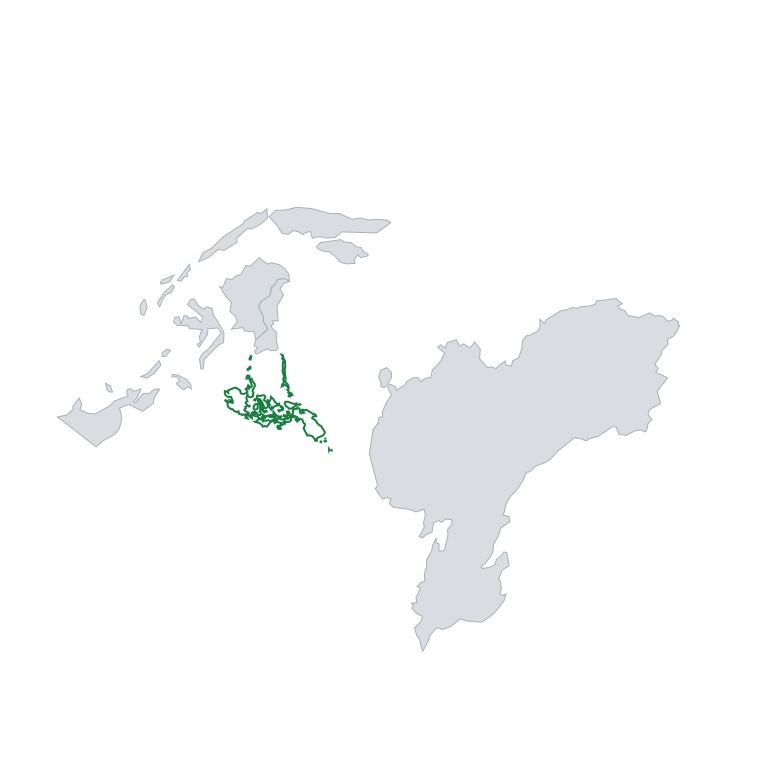 Philippines shown with its bordering countries, rotated 132°
{"feature_id": "PHL", "entity_name": "Philippines", "entity_type": "country or territory", "adm_level": 0, "iso_a3": "PHL", "parent_name": "Asia", "parent_adm1": "", "projection": "albers", "projection_center": [122.681, 12.951], "detail": "fine", "context": "with_neighbors", "style": "outline", "palette": "green", "viewbox_px": 768, "rotation_deg": 132, "n_neighbors": 3, "source": "natural_earth", "source_scale": "50m", "svg_char_len": 12305}
<svg xmlns="http://www.w3.org/2000/svg" viewBox="0 0 768 768"><g transform="rotate(132 384 384)"><path d="M623.3,555.8L627.0,604.6L619.2,599.0L610.8,598.1L608.9,600.3L598.4,601.2L601.5,595.0L606.6,592.6L604.0,584.6L599.6,578.6L583.5,573.1L576.7,572.8L564.2,566.3L561.9,570.1L558.8,570.9L556.8,568.2L556.7,564.9L550.3,561.4L559.0,558.3L564.8,558.2L564.0,556.2L552.1,556.7L548.8,552.3L541.5,551.1L538.0,547.4L548.8,545.2L552.8,542.5L565.8,545.1L570.1,560.2L578.7,564.4L585.0,555.9L594.1,550.8L601.2,550.4L614.5,554.9L623.3,555.8ZM493.8,608.3L494.8,611.9L489.4,617.5L482.3,619.1L481.3,618.2L485.6,611.2L493.8,608.3ZM569.7,591.4L568.7,585.8L571.6,580.4L573.6,582.5L573.7,586.1L569.7,591.4ZM436.9,508.7L432.2,515.6L437.9,523.1L436.5,526.6L445.3,534.0L435.8,534.7L433.0,539.9L433.2,546.9L425.4,552.0L425.0,559.6L421.5,571.2L420.4,568.4L411.1,571.6L408.0,566.8L402.2,566.2L398.2,563.6L388.5,566.0L385.7,562.2L373.7,561.2L372.9,550.9L369.0,548.6L365.5,541.8L364.7,535.0L366.1,527.9L371.1,523.0L372.1,528.2L377.4,532.9L382.6,531.5L387.7,532.3L392.5,528.6L396.4,528.1L403.8,530.5L410.4,529.1L414.8,518.4L418.0,515.8L420.9,507.0L436.9,508.7ZM529.1,561.9L538.1,563.9L541.2,569.6L534.3,566.7L517.2,566.7L519.1,562.5L529.1,561.9ZM509.0,569.9L503.3,568.6L501.7,565.3L509.9,564.8L512.0,567.3L509.0,569.9ZM516.6,523.9L517.3,528.1L522.0,528.7L522.8,531.8L522.6,538.6L518.4,537.9L517.3,542.7L520.7,546.6L518.5,547.6L515.1,542.8L512.6,533.0L514.0,526.8L516.6,523.9ZM466.7,533.3L486.0,534.0L493.8,528.4L495.3,530.1L488.9,537.8L482.9,539.3L475.1,537.8L454.8,539.2L453.6,545.0L460.7,551.9L465.1,548.5L480.1,545.9L479.5,549.4L475.9,548.3L472.4,552.8L465.3,555.8L473.0,565.6L471.5,568.2L478.8,576.9L478.7,581.9L474.4,584.1L471.2,581.4L475.1,575.3L467.1,578.2L465.1,576.1L466.1,573.1L460.3,568.7L460.9,561.3L455.5,563.5L456.4,583.2L451.1,584.2L447.7,582.0L450.1,575.1L448.9,567.7L445.5,567.6L443.0,562.4L446.5,557.4L451.9,539.8L453.6,536.7L460.5,531.0L466.7,533.3ZM454.9,618.3L443.9,613.0L451.7,611.7L458.9,616.2L458.4,618.2L454.9,618.3ZM463.7,605.7L469.2,605.1L476.6,602.4L475.4,606.6L463.0,608.6L451.9,607.6L451.9,604.9L458.5,603.4L463.7,605.7ZM438.2,604.1L443.3,603.6L445.3,606.8L425.5,608.8L428.4,604.6L433.0,604.7L435.3,602.1L438.2,604.1ZM358.1,586.8L359.1,589.5L374.8,591.0L376.8,588.0L391.9,592.3L394.7,597.2L407.0,599.0L417.1,603.7L407.5,606.2L398.5,603.0L382.5,602.0L359.3,595.9L355.9,596.7L341.0,592.7L339.8,589.4L332.3,588.4L338.4,581.6L348.3,582.7L358.1,586.8ZM327.2,544.2L328.2,549.7L330.7,554.1L336.6,555.2L340.3,560.3L337.6,569.6L336.5,581.2L327.4,580.7L321.0,573.9L311.0,567.0L302.3,555.5L293.5,538.2L287.1,531.2L283.0,518.0L276.3,512.5L272.8,505.4L267.3,500.5L260.0,491.1L259.7,487.0L276.7,490.6L299.4,517.4L307.4,518.2L313.7,524.0L317.8,530.8L323.6,534.8L320.0,540.8L324.4,543.8L327.2,544.2Z" fill="#d9dde1" stroke="#a8b0b8" stroke-width="1"/><path d="M376.1,395.7L370.1,392.9L370.3,386.2L374.1,382.8L382.3,381.0L386.6,381.4L388.1,384.5L384.7,387.8L382.7,392.2L376.1,395.7ZM188.7,194.6L188.8,190.7L193.6,189.7L189.6,177.4L206.7,176.1L213.2,165.5L226.0,169.6L230.0,167.3L231.2,161.1L236.8,161.3L242.3,157.9L244.9,157.8L246.1,162.3L251.2,166.3L260.2,169.8L264.2,175.5L260.7,182.6L262.7,185.7L279.4,189.7L287.0,194.6L291.0,195.8L293.4,202.2L297.0,206.6L318.2,210.0L327.2,209.9L333.8,211.4L343.5,216.3L351.7,216.9L354.5,219.2L362.6,216.1L373.7,214.4L383.9,214.7L391.9,212.8L401.7,207.4L398.7,202.5L402.4,198.5L413.0,200.8L419.7,197.6L430.0,195.3L435.0,191.2L439.8,189.5L449.4,188.8L454.7,189.6L455.4,187.4L449.5,182.9L444.2,180.8L439.0,183.0L432.5,181.9L428.7,182.6L427.1,180.0L435.3,169.4L443.1,171.8L452.5,168.2L452.5,165.5L458.4,159.3L462.1,157.5L462.0,154.2L458.5,152.8L463.9,150.0L472.0,149.1L480.6,148.9L490.3,150.5L496.1,152.6L505.1,164.5L507.6,170.3L519.1,172.0L527.1,176.1L529.9,181.9L540.0,181.5L545.6,178.9L556.5,176.5L553.3,182.3L550.8,184.7L548.8,191.8L544.6,198.3L536.4,197.5L530.8,199.9L532.7,205.5L532.0,213.4L528.6,213.7L528.7,217.1L524.2,213.3L521.6,217.1L511.2,220.3L512.4,223.9L506.5,223.7L503.2,221.6L498.6,226.6L491.2,230.3L485.6,234.8L476.1,236.9L471.0,240.1L463.6,242.0L467.3,238.8L465.9,236.1L471.3,231.4L467.7,227.8L454.0,234.9L449.7,239.4L443.0,239.6L439.4,242.8L443.0,247.7L448.6,248.9L448.8,252.1L454.2,254.3L462.0,249.2L468.1,252.0L472.6,252.2L473.7,256.0L463.9,258.0L460.6,261.8L453.8,265.4L450.2,270.4L457.6,274.5L460.3,281.7L469.3,294.3L469.2,299.8L464.7,301.8L466.4,305.9L470.6,308.2L467.7,320.4L463.6,321.0L445.5,348.4L425.0,361.7L416.7,362.3L412.1,365.6L409.6,363.0L405.4,366.7L394.9,370.2L387.1,371.1L384.1,379.2L380.0,379.5L378.4,373.7L380.3,370.8L370.5,367.8L367.0,368.8L359.7,366.4L356.4,363.0L357.8,358.6L351.2,356.7L347.9,353.6L341.4,357.3L328.4,357.2L320.4,359.6L320.8,368.6L316.9,368.1L316.4,362.9L310.8,364.7L302.6,359.6L305.3,353.4L300.8,351.5L299.8,344.2L292.0,344.7L293.7,335.7L301.2,329.9L302.4,317.8L299.4,315.7L297.5,311.0L293.3,311.1L285.7,309.2L288.4,306.3L285.6,301.3L280.2,303.9L274.4,301.4L265.7,305.3L258.5,310.2L252.7,310.4L249.8,308.0L241.2,305.0L237.1,306.4L231.6,311.4L231.8,305.4L227.3,306.4L211.3,301.6L206.0,297.5L200.7,295.2L198.9,291.2L195.1,289.5L188.8,283.6L183.5,280.4L180.3,281.7L165.4,269.0L164.8,260.6L169.6,262.5L170.5,258.8L168.4,254.6L170.1,248.8L164.2,239.1L153.4,234.2L152.4,228.4L148.0,224.2L147.1,222.0L147.6,215.1L143.8,212.8L141.5,213.1L141.0,206.4L143.2,205.2L142.6,203.4L149.6,201.4L154.5,200.9L161.4,203.1L164.7,199.3L173.5,200.0L176.3,197.8L187.5,195.9L188.7,194.6Z" fill="#d9dde1" stroke="#a8b0b8" stroke-width="1"/><path d="M298.0,483.0L299.4,481.7L305.5,485.7L305.8,489.8L311.0,489.3L313.9,486.3L319.8,492.2L322.7,497.7L321.7,506.5L322.5,513.8L325.1,516.2L327.8,523.3L327.4,525.9L321.7,526.0L305.7,512.7L305.1,508.7L301.0,503.1L300.5,496.6L298.0,492.1L299.4,486.5L298.0,483.0ZM436.9,508.7L420.9,507.0L418.0,515.8L414.8,518.4L410.4,529.1L403.8,530.5L396.4,528.1L392.5,528.6L387.7,532.3L382.6,531.5L377.4,532.9L372.1,528.2L371.1,523.0L376.8,525.9L383.0,524.8L384.9,518.3L397.9,515.6L407.9,504.9L411.3,509.0L413.1,506.4L416.9,506.8L417.9,498.0L424.1,492.7L428.2,486.6L431.4,486.7L435.3,490.7L435.6,494.2L447.3,498.9L446.7,502.0L441.4,502.3L442.7,506.1L436.9,508.7Z" fill="#d9dde1" stroke="#a8b0b8" stroke-width="1"/><path d="M463.0,394.9L468.6,397.4L470.0,397.2L470.8,395.9L471.7,396.2L472.1,397.3L471.1,399.3L470.8,402.4L471.5,404.2L472.6,405.2L472.7,406.3L473.6,406.7L470.7,414.1L468.1,414.9L466.6,416.1L466.7,418.1L465.1,420.9L467.3,425.5L466.8,425.9L466.8,426.7L467.9,430.0L469.0,431.2L471.2,431.9L471.8,431.4L471.1,430.2L473.4,428.8L474.4,428.8L476.7,429.9L477.8,431.7L478.0,433.3L479.0,433.3L479.5,432.6L479.2,431.5L479.7,430.9L480.5,431.6L483.4,432.6L483.8,432.9L483.4,433.5L481.4,434.1L483.5,437.1L483.2,438.4L486.0,438.9L485.3,442.6L484.0,441.7L484.5,439.9L482.0,439.9L479.6,438.9L479.5,437.5L478.5,435.8L476.2,434.4L474.1,432.1L473.2,432.2L473.5,434.1L474.7,436.1L474.8,437.2L474.2,437.7L472.5,435.1L470.2,433.0L467.9,431.8L465.8,432.6L464.6,434.1L462.7,433.8L460.8,432.2L460.0,432.1L459.2,432.8L459.1,429.8L461.5,427.4L461.6,426.2L458.9,424.3L458.9,427.5L457.8,427.7L456.4,425.0L455.1,424.5L453.7,416.7L452.8,415.4L452.9,413.4L453.3,412.9L455.8,415.1L457.4,414.6L456.9,410.4L457.7,407.9L457.9,404.6L457.4,402.6L459.3,395.7L460.9,395.0L463.0,394.9ZM500.6,468.1L502.0,468.5L502.0,469.7L502.9,471.0L503.1,471.9L501.7,473.8L503.4,474.7L504.2,476.9L504.1,479.8L505.1,481.0L505.3,484.4L504.2,486.3L502.3,487.6L502.7,488.5L502.3,491.8L501.1,487.6L499.4,483.8L498.3,484.4L495.9,488.9L497.6,490.7L498.3,492.5L498.3,494.5L496.6,497.0L495.8,497.5L494.9,496.2L494.8,493.8L493.3,495.4L492.4,495.3L486.8,492.6L485.8,491.2L485.0,486.6L486.6,484.4L486.7,483.4L484.8,481.3L482.5,480.1L481.1,480.2L480.3,483.4L478.7,482.4L478.0,481.1L477.2,482.3L476.1,482.4L475.7,480.9L474.3,480.6L473.2,481.6L470.6,487.0L469.2,486.8L468.7,486.0L468.9,485.0L469.9,483.7L470.5,480.2L471.4,479.1L472.5,478.4L476.6,477.5L477.3,477.0L477.7,475.3L479.9,474.2L480.7,473.2L482.6,473.8L483.9,475.3L484.1,477.2L483.2,478.2L483.5,478.3L486.6,476.9L488.2,473.9L489.9,474.5L490.7,474.2L491.1,471.8L491.8,471.0L493.9,471.8L494.4,470.5L496.7,470.6L496.9,469.6L496.0,465.4L496.4,464.8L499.5,466.6L500.6,468.1ZM478.3,470.3L477.2,470.4L476.2,468.3L473.9,467.0L472.7,465.4L472.6,464.3L473.2,463.3L475.0,463.0L476.2,462.3L475.9,459.0L476.9,457.4L477.1,455.9L479.2,455.1L481.2,455.7L481.6,456.8L478.5,464.0L478.4,466.1L479.8,468.7L478.3,470.3ZM494.4,442.9L495.0,444.5L496.7,445.5L496.1,447.4L496.4,450.2L497.3,452.4L497.0,453.0L498.1,453.6L498.3,454.5L497.5,453.9L494.4,453.8L492.9,452.3L492.0,450.6L492.6,448.9L491.7,448.9L490.1,446.9L488.3,445.9L487.1,442.6L489.2,442.9L493.7,442.5L494.4,442.9ZM469.8,448.0L474.3,450.6L476.0,450.3L476.7,450.9L476.4,451.6L478.5,450.8L478.2,452.8L477.4,454.1L475.7,455.1L475.5,456.4L473.6,457.5L471.1,458.0L469.2,459.4L469.3,456.1L470.0,454.3L470.4,450.0L470.1,449.3L468.7,448.8L468.9,448.3L469.8,448.0ZM438.4,471.5L432.3,475.4L433.4,472.7L437.6,468.6L439.4,467.8L446.6,460.0L448.1,459.0L448.8,457.4L448.5,456.1L448.8,455.1L450.4,452.2L450.8,452.4L450.5,455.3L451.7,458.9L449.2,460.2L447.8,462.3L444.7,463.4L444.6,464.6L441.9,468.5L439.5,469.7L438.4,471.5ZM457.4,435.1L461.8,435.4L462.9,436.2L463.5,435.8L466.0,438.2L465.6,439.8L466.1,442.1L464.9,444.8L463.7,445.4L462.8,445.1L461.3,443.1L459.3,437.9L458.2,437.1L457.8,436.1L456.9,435.9L457.4,435.1ZM487.5,450.8L489.9,452.6L491.2,451.8L492.1,452.0L492.8,453.3L492.8,456.7L493.9,457.8L494.8,460.4L493.9,460.7L493.8,461.4L492.6,460.0L492.9,462.6L491.0,461.6L490.7,459.4L491.0,456.7L490.1,455.3L488.4,455.6L487.5,450.8ZM481.1,466.2L479.8,467.5L479.7,467.0L480.3,463.2L482.8,459.2L485.2,452.9L485.0,459.8L482.7,461.9L481.1,466.2ZM489.6,464.6L487.8,465.8L486.0,466.1L484.5,465.9L483.6,464.4L486.3,461.8L487.6,461.6L489.5,462.7L489.6,464.6ZM481.5,443.6L484.2,445.8L485.2,447.4L485.3,449.1L482.8,447.5L482.9,447.1L480.9,445.4L478.5,447.7L479.3,444.0L479.1,442.5L481.5,443.6ZM488.0,432.3L487.3,434.7L486.2,435.0L485.1,434.0L485.8,433.0L485.8,431.5L486.5,430.7L488.0,432.3ZM470.2,491.1L469.1,491.2L468.0,489.6L468.2,489.2L469.9,488.6L472.0,489.7L470.2,491.1ZM455.0,445.7L456.0,445.3L456.9,446.5L456.7,447.0L454.3,447.0L453.2,445.5L453.4,444.7L455.0,445.7ZM468.6,434.8L470.5,435.6L470.5,436.4L469.6,437.6L468.3,436.6L468.6,434.8ZM461.9,493.6L463.3,494.4L464.7,494.4L464.8,494.9L463.9,495.4L463.3,494.9L461.1,495.2L460.6,494.8L461.9,493.6ZM498.1,463.5L496.5,461.9L496.8,460.4L497.8,459.3L498.1,463.5ZM470.7,442.0L469.7,446.3L469.0,444.5L469.6,442.4L470.7,442.0ZM455.7,500.2L455.2,500.9L454.6,500.5L453.3,501.5L452.3,501.6L452.3,501.1L455.0,499.6L455.7,500.2ZM469.9,423.4L469.4,424.3L469.8,425.3L469.1,426.2L468.4,423.1L469.9,423.4ZM474.6,459.2L473.7,459.6L473.7,458.2L475.0,457.1L475.2,457.8L474.6,459.2ZM454.5,449.4L453.8,449.5L453.2,447.4L454.5,447.7L454.5,449.4ZM489.6,451.1L488.6,451.2L487.7,449.8L488.8,449.6L489.6,451.1ZM474.7,443.8L474.2,444.9L472.8,443.6L474.2,443.3L474.7,443.8ZM500.9,464.6L500.4,464.1L501.0,462.3L501.8,464.3L500.9,464.6ZM477.6,438.4L480.0,441.6L476.8,438.8L476.9,438.4L477.6,438.4ZM454.2,458.3L452.5,459.2L452.3,458.5L453.0,457.8L454.2,458.3ZM482.3,468.6L482.8,469.8L482.0,470.0L481.1,469.3L482.3,468.6ZM482.0,441.8L483.2,444.2L481.7,442.1L482.0,441.8ZM431.2,477.7L430.7,479.7L430.3,479.0L430.5,477.8L431.2,477.7ZM491.3,469.6L491.1,470.1L490.2,469.7L490.1,469.0L490.7,468.9L491.3,469.6ZM499.1,485.4L499.0,487.2L498.3,485.9L498.5,485.0L499.1,485.4ZM456.5,433.2L456.5,433.8L455.2,433.0L455.2,432.5L456.5,433.2ZM494.5,461.9L495.0,463.4L493.7,461.6L494.5,461.9ZM469.6,392.3L468.4,393.1L469.3,391.8L469.6,392.3ZM469.3,429.5L470.9,431.3L469.3,430.1L469.3,429.5ZM466.2,389.1L466.2,389.8L465.1,389.1L465.2,388.8L466.2,389.1ZM453.1,450.8L452.9,452.0L452.1,451.5L452.1,451.2L453.1,450.8ZM475.9,483.2L476.9,483.7L475.8,484.1L475.9,483.2ZM491.5,450.3L491.4,450.7L490.9,450.4L490.5,449.3L491.5,450.3ZM483.1,452.8L483.5,453.8L482.9,453.8L482.7,453.1L483.1,452.8ZM433.4,476.6L432.8,476.8L432.8,475.8L433.4,476.0L433.4,476.6ZM500.3,466.0L499.9,465.8L500.2,464.7L500.4,465.3L500.3,466.0ZM463.9,390.4L464.1,391.8L463.7,391.1L463.9,390.4ZM470.0,380.4L469.1,381.2L469.3,380.5L470.0,380.4ZM468.6,377.5L468.5,378.6L468.2,378.6L468.6,377.5ZM487.9,457.9L487.2,458.2L487.5,457.3L487.9,457.9ZM471.8,442.5L471.6,443.2L471.7,442.5L471.8,442.5Z" fill="none" stroke="#15803d" stroke-width="2"/></g></svg>